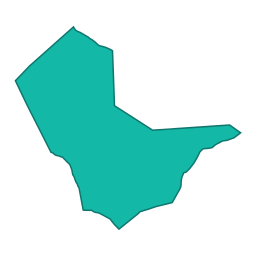 the district of Invorgoil Estate, Anse-la-Raye, Saint Lucia
{"feature_id": "8701671B81496139383371", "entity_name": "Invorgoil Estate", "entity_type": "district", "adm_level": 2, "iso_a3": "LCA", "parent_name": "Saint Lucia", "parent_adm1": "Anse-la-Raye", "projection": "natural_earth1", "projection_center": [-61.036, 13.932], "detail": "fine", "context": "isolated", "style": "filled", "palette": "teal", "viewbox_px": 256, "rotation_deg": 0, "n_neighbors": 0, "source": "geoboundaries", "source_scale": "gbopen_adm2", "svg_char_len": 1912}
<svg xmlns="http://www.w3.org/2000/svg" viewBox="0 0 256 256"><path d="M73.5,26.9L30.2,65.4L29.7,65.8L21.1,74.8L15.4,80.7L24.4,99.5L27.8,106.5L38.0,126.6L51.0,152.3L51.4,152.3L51.6,152.4L52.0,152.6L52.6,152.9L52.9,153.1L53.0,153.1L53.8,153.7L54.1,154.1L55.0,154.8L55.6,155.1L56.4,155.4L57.1,155.6L57.9,155.7L58.4,155.8L60.1,156.5L60.6,156.6L61.0,156.8L61.4,156.9L62.0,157.0L62.3,157.1L62.8,157.4L63.1,157.7L63.4,158.1L63.7,158.4L64.5,159.3L64.9,159.6L67.2,162.0L68.4,163.2L68.9,163.6L69.2,163.9L69.5,164.2L69.9,164.8L70.3,165.7L70.6,166.5L70.8,167.1L70.9,167.3L71.2,168.1L71.6,169.2L71.9,170.0L72.1,171.1L72.2,171.9L72.4,172.7L72.4,173.0L72.5,173.4L72.7,174.2L72.7,174.6L73.1,175.2L73.7,176.1L74.2,177.2L74.4,177.6L74.8,178.6L74.9,179.3L75.2,180.1L75.5,180.7L75.6,181.0L75.9,181.7L76.0,181.9L76.2,182.4L76.5,183.0L76.8,183.1L77.0,183.6L77.2,184.0L77.4,184.4L77.5,184.9L77.9,186.0L78.2,186.5L78.4,186.9L78.5,187.1L78.6,187.3L79.0,187.7L83.2,210.1L86.6,210.3L91.6,210.3L93.6,211.7L96.0,212.5L98.5,212.8L103.9,215.6L108.1,217.9L110.1,219.0L112.3,221.9L114.9,225.0L117.4,227.4L117.4,227.6L117.6,227.8L119.0,229.1L137.6,214.1L138.1,213.7L139.9,211.8L140.9,211.5L146.9,209.6L148.1,209.3L148.7,209.1L151.2,208.2L156.3,206.5L170.5,203.0L172.2,202.6L177.8,192.6L179.3,190.1L180.8,186.8L181.1,184.2L181.1,181.8L181.8,177.3L182.1,176.7L182.3,176.2L183.9,172.6L185.6,172.3L186.4,171.9L190.0,168.2L194.0,163.0L197.6,156.7L199.9,151.9L203.0,148.8L208.4,148.3L212.0,147.7L215.6,144.6L222.7,140.9L226.8,140.4L234.0,137.8L240.6,132.8L229.6,125.0L152.6,130.2L114.9,106.0L114.5,105.7L112.5,50.7L112.2,50.5L109.6,49.1L107.1,48.0L105.2,47.2L103.0,46.6L100.4,45.9L98.7,45.4L97.7,44.5L96.7,43.6L95.6,42.5L94.5,41.6L92.5,40.1L92.3,39.9L92.0,39.8L91.6,39.5L89.8,38.5L87.8,36.8L85.2,35.4L81.2,33.0L79.7,32.2L78.4,31.8L78.0,31.6L77.6,31.3L77.1,31.1L75.6,30.2L74.0,27.9L73.5,26.9Z" fill="#14b8a6" stroke="#0f766e" stroke-width="1.5"/></svg>